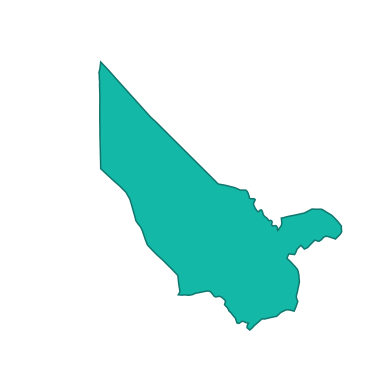 the district of Balad, Sala ad-Din, Iraq, rotated 45°
{"feature_id": "34846034B72296099204368", "entity_name": "Balad", "entity_type": "district", "adm_level": 2, "iso_a3": "IRQ", "parent_name": "Iraq", "parent_adm1": "Sala ad-Din", "projection": "natural_earth1", "projection_center": [44.1, 33.939], "detail": "fine", "context": "isolated", "style": "filled", "palette": "teal", "viewbox_px": 384, "rotation_deg": 45, "n_neighbors": 0, "source": "geoboundaries", "source_scale": "gbopen_adm2", "svg_char_len": 3071}
<svg xmlns="http://www.w3.org/2000/svg" viewBox="0 0 384 384"><g transform="rotate(45 192 192)"><path d="M255.0,274.4L256.9,272.8L258.2,271.6L259.4,270.1L261.5,268.3L262.6,267.5L263.0,266.8L263.7,266.0L264.9,264.2L265.7,262.0L266.6,260.4L268.8,257.2L270.5,254.6L272.2,252.0L273.9,250.1L276.3,249.4L277.8,249.6L280.0,249.8L281.3,250.0L282.8,249.6L283.9,248.2L284.7,246.8L286.0,245.9L287.6,245.4L289.5,245.3L290.9,245.2L291.9,245.2L293.1,245.8L293.7,246.8L294.7,248.7L297.2,248.8L298.7,248.8L300.3,249.2L302.5,250.0L304.3,249.9L305.3,249.8L306.2,250.0L307.3,250.2L308.6,250.3L311.0,250.5L312.0,250.6L316.3,252.8L317.6,252.2L318.2,251.3L318.8,248.2L319.8,247.2L321.3,246.6L322.6,246.2L324.6,244.8L325.7,247.8L326.8,249.0L330.4,248.8L330.7,245.5L330.5,242.7L330.9,237.4L331.2,232.1L332.6,231.0L333.2,230.4L336.1,225.6L339.3,220.7L339.8,219.9L339.9,216.8L339.9,215.0L340.4,212.9L341.3,210.5L341.9,208.7L342.6,208.1L344.4,206.4L348.5,204.0L346.9,200.1L344.5,195.2L344.2,194.6L341.4,193.4L339.4,192.0L338.1,189.7L336.6,187.3L334.8,184.6L332.5,181.0L331.5,179.6L328.5,177.1L326.5,175.3L323.4,173.2L321.2,172.2L317.1,171.8L315.4,171.8L310.5,171.6L306.0,171.8L304.2,167.3L308.8,163.7L308.0,161.0L306.7,158.2L306.7,152.7L311.8,152.9L313.1,149.4L312.9,146.4L312.9,142.9L312.9,139.2L314.3,138.4L315.6,137.8L316.6,137.2L317.2,134.8L317.1,130.9L317.6,129.1L319.4,127.4L325.8,124.2L326.7,123.8L326.7,120.5L326.7,117.8L326.3,115.2L325.9,114.2L323.8,112.5L321.6,110.4L315.6,109.7L310.8,109.6L307.0,109.7L302.3,110.9L298.7,111.7L296.6,112.3L295.7,112.6L291.9,116.5L289.1,119.0L288.9,119.2L287.6,123.4L286.2,127.6L281.6,134.8L277.3,141.2L274.5,146.0L273.6,147.3L277.1,150.1L278.8,152.3L279.2,154.5L279.8,157.4L279.8,158.6L278.8,158.2L278.1,157.1L277.7,156.8L276.7,156.6L276.3,156.4L275.4,156.4L274.6,156.9L274.0,157.7L273.2,159.0L272.3,159.0L271.7,159.0L271.0,158.1L270.4,157.5L270.1,156.7L269.4,156.2L268.1,156.2L267.3,156.9L266.6,157.9L265.0,157.7L263.3,157.5L260.7,157.9L258.6,157.7L257.5,157.1L257.0,156.8L255.5,156.0L254.6,155.6L253.8,155.6L253.5,155.9L253.2,156.2L253.1,156.4L252.9,157.1L253.0,158.1L252.7,159.0L251.5,159.4L249.6,159.1L248.2,158.8L244.5,157.5L243.7,156.5L243.3,156.0L242.5,153.5L242.1,152.7L241.1,152.7L240.8,152.9L240.4,153.1L239.1,154.5L238.1,155.4L236.5,155.6L235.3,154.5L233.4,153.7L232.4,153.1L231.4,152.8L230.7,152.6L228.8,152.6L227.3,154.0L224.6,156.7L223.4,157.0L220.9,158.0L218.6,159.0L216.5,160.3L214.5,161.5L211.1,163.5L208.3,165.4L206.6,166.7L204.5,167.9L201.0,167.8L136.6,168.0L117.5,168.0L109.4,168.3L57.9,165.6L46.8,164.9L35.5,164.6L39.3,169.4L42.0,173.6L43.9,175.0L46.3,177.4L48.7,179.3L50.1,180.9L58.9,189.2L69.2,199.6L75.9,206.3L82.1,212.3L85.5,215.7L88.5,218.6L101.2,230.7L111.0,240.1L127.4,239.5L130.8,239.3L136.4,238.9L141.4,238.9L145.6,238.9L151.3,240.5L152.9,240.9L156.9,243.0L168.7,249.6L172.5,251.9L176.2,252.7L180.4,253.1L184.7,254.7L193.4,259.0L197.6,260.8L198.2,261.0L205.4,261.2L212.0,261.2L219.2,260.8L232.9,260.8L241.0,261.0L247.1,266.0L254.1,271.1L255.0,274.4L255.0,274.4Z" fill="#14b8a6" stroke="#0f766e" stroke-width="1.5"/></g></svg>